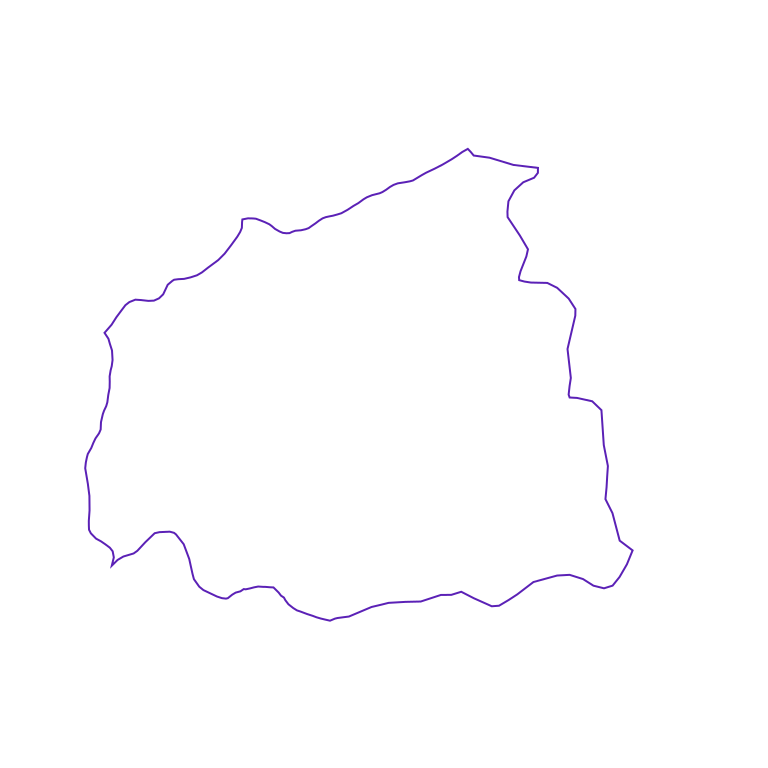 Drepung, Mongar, Bhutan (Equal Earth projection), rotated 195°
{"feature_id": "84629894B57522775958352", "entity_name": "Drepung", "entity_type": "district", "adm_level": 2, "iso_a3": "BTN", "parent_name": "Bhutan", "parent_adm1": "Mongar", "projection": "equal_earth", "projection_center": [91.265, 27.207], "detail": "fine", "context": "isolated", "style": "outline", "palette": "violet", "viewbox_px": 768, "rotation_deg": 195, "n_neighbors": 0, "source": "geoboundaries", "source_scale": "gbopen_adm2", "svg_char_len": 3022}
<svg xmlns="http://www.w3.org/2000/svg" viewBox="0 0 768 768"><g transform="rotate(195 384 384)"><path d="M599.9,138.1L595.8,145.1L591.1,149.9L582.0,155.5L579.1,159.0L573.6,169.4L570.1,175.2L566.9,180.5L562.5,182.8L552.7,185.9L548.3,185.9L546.0,184.9L536.0,177.4L531.0,170.4L526.8,164.5L523.6,158.3L519.8,151.0L517.1,146.3L510.0,140.4L505.1,138.2L490.4,135.5L485.1,135.2L481.1,135.8L479.4,136.7L476.1,141.2L473.3,144.1L469.0,146.6L466.4,149.6L464.4,149.9L460.3,152.0L457.0,153.9L453.1,155.8L448.1,156.8L446.2,157.3L441.3,158.2L438.1,158.9L431.8,155.3L428.7,152.9L425.4,151.8L423.3,149.6L419.3,146.5L413.7,144.1L409.5,142.8L406.0,142.6L398.7,141.9L392.8,141.6L388.9,141.2L384.4,141.1L380.3,141.2L374.9,141.4L370.6,144.7L368.4,145.9L363.1,148.1L357.7,150.3L338.3,165.4L329.2,170.3L322.9,173.8L306.9,179.1L292.2,183.4L274.4,195.0L264.5,197.7L255.6,203.3L241.7,200.3L225.4,197.7L222.4,197.2L215.5,199.6L207.7,207.6L200.8,215.3L188.4,231.4L167.2,243.8L155.3,247.7L141.3,247.1L129.5,243.4L118.6,243.6L111.0,248.4L106.5,258.6L102.7,272.7L100.8,287.6L115.8,293.7L129.9,318.4L140.3,330.1L142.3,341.9L144.6,353.0L146.5,362.7L155.9,381.9L167.2,415.0L178.4,421.2L194.0,420.5L201.2,419.0L202.9,421.5L204.2,430.0L205.1,438.2L215.8,465.3L216.9,499.5L218.5,506.0L227.7,514.3L241.6,521.7L252.4,523.9L268.4,520.0L274.9,519.3L280.3,519.3L281.3,522.2L281.3,528.3L279.5,544.1L279.8,551.4L291.2,562.6L307.8,577.2L309.4,582.5L311.1,592.7L308.2,604.8L301.7,614.9L292.4,622.1L290.0,627.8L290.7,630.5L291.2,632.6L315.7,629.1L340.6,629.9L356.5,627.9L360.3,630.6L363.9,632.8L368.5,628.3L372.6,623.3L376.7,618.7L384.3,611.0L390.8,605.1L398.0,599.0L401.4,595.7L408.7,588.1L411.4,586.5L415.8,584.4L422.6,581.4L426.3,578.8L429.3,575.8L432.1,572.3L435.2,569.0L437.6,567.1L444.4,563.3L448.9,559.9L451.6,557.1L455.6,552.1L459.6,548.1L464.3,542.8L469.4,537.9L472.9,535.7L476.8,533.4L480.5,531.6L483.4,530.1L486.2,528.1L489.1,524.9L491.8,521.4L494.8,517.9L497.1,515.1L499.8,513.2L504.0,511.0L509.3,509.1L512.1,507.2L514.3,505.3L517.1,504.4L520.8,503.8L524.4,504.3L529.4,505.6L533.3,507.5L536.1,508.6L541.0,509.5L545.2,510.0L550.5,510.5L553.4,510.0L558.3,508.8L563.4,506.3L563.0,503.7L561.7,498.0L562.3,493.6L563.8,488.4L567.6,478.5L571.7,468.6L576.2,460.8L583.9,451.1L588.8,444.6L592.8,440.6L598.5,436.9L604.3,433.8L609.8,432.0L613.7,430.4L615.1,428.9L618.6,423.9L619.6,418.4L620.5,413.5L623.5,408.5L627.8,405.0L633.1,403.3L640.4,402.2L646.0,401.1L651.2,397.2L654.2,393.2L657.1,386.0L659.8,379.2L662.5,370.7L667.2,361.1L661.9,356.4L659.2,351.9L655.4,346.0L652.4,336.9L651.6,330.7L651.6,326.5L651.0,320.4L649.5,315.2L648.0,309.1L647.5,302.1L646.5,294.7L646.6,290.7L647.5,285.8L647.8,282.1L647.5,273.9L645.9,266.7L646.5,262.6L648.6,256.8L649.5,252.0L650.2,246.4L652.0,239.7L652.0,236.3L651.7,231.1L650.8,225.3L648.1,219.4L644.2,210.9L641.7,204.8L639.6,199.7L635.7,185.7L633.7,175.4L632.4,170.7L631.2,166.9L628.5,163.9L622.1,160.1L616.7,158.8L611.6,157.0L606.4,154.9L602.8,152.2L600.1,146.6L599.9,138.1Z" fill="none" stroke="#5b21b6" stroke-width="2"/></g></svg>